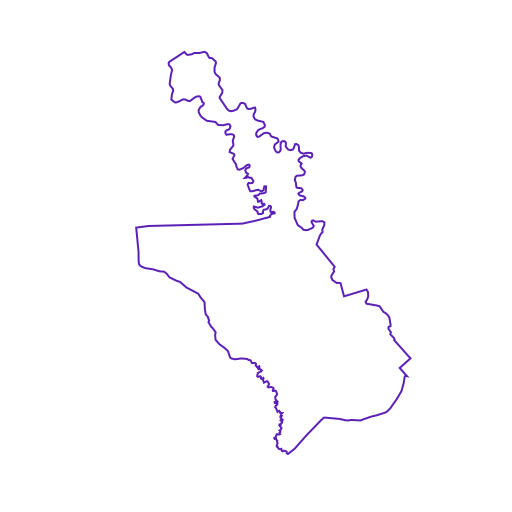 Kandal Stueng, Kândal, Cambodia (Natural Earth projection), rotated 49°
{"feature_id": "14789045B57201426085250", "entity_name": "Kandal Stueng", "entity_type": "district", "adm_level": 2, "iso_a3": "KHM", "parent_name": "Cambodia", "parent_adm1": "Kândal", "projection": "natural_earth1", "projection_center": [104.8, 11.397], "detail": "fine", "context": "isolated", "style": "outline", "palette": "violet", "viewbox_px": 512, "rotation_deg": 49, "n_neighbors": 0, "source": "geoboundaries", "source_scale": "gbopen_adm2", "svg_char_len": 6121}
<svg xmlns="http://www.w3.org/2000/svg" viewBox="0 0 512 512"><g transform="rotate(49 256 256)"><path d="M156.0,327.8L175.9,342.0L182.8,347.9L185.5,349.7L187.4,349.7L189.3,349.2L192.4,347.6L198.7,342.3L204.1,339.0L207.6,335.6L210.8,335.0L215.3,335.3L222.4,332.3L225.6,330.4L234.3,329.1L246.6,324.3L250.8,325.0L257.0,325.1L262.5,329.4L267.0,332.2L271.0,332.3L271.7,333.0L273.7,333.5L274.8,335.3L279.9,336.2L281.9,336.0L287.1,336.5L288.8,338.7L292.7,341.5L298.6,341.5L305.0,340.0L309.5,339.6L315.2,342.0L316.8,342.0L320.0,339.8L323.8,334.2L327.8,330.3L329.6,329.8L331.0,328.6L334.2,329.3L335.9,327.0L337.3,326.7L338.5,328.2L339.4,327.8L340.5,328.1L341.1,327.5L341.4,325.9L342.1,326.3L342.4,328.3L343.2,328.3L344.3,327.0L346.3,326.7L346.5,327.5L345.5,331.4L347.5,334.0L348.6,333.8L349.4,331.8L350.2,331.5L351.7,332.7L352.5,332.4L352.8,330.5L353.5,330.8L353.9,331.9L356.8,333.1L357.6,329.9L358.7,329.5L361.3,330.2L362.3,333.0L363.4,332.8L364.8,330.5L365.6,330.0L367.0,329.5L367.9,329.9L368.2,331.3L368.9,331.8L370.6,329.6L371.4,329.6L374.2,330.8L374.8,332.5L374.8,333.8L376.9,335.3L379.8,335.3L379.5,336.2L378.7,336.8L378.4,337.8L379.3,338.2L381.2,336.5L382.1,337.4L382.0,339.7L382.9,340.8L383.8,340.7L387.8,342.0L388.0,340.1L389.2,340.1L390.1,340.7L391.7,339.2L391.8,340.5L392.3,341.3L393.1,342.2L393.6,341.6L394.0,342.5L393.3,343.0L394.1,343.6L395.9,343.5L396.1,344.8L397.2,343.8L397.3,345.1L398.1,344.9L398.8,345.5L398.9,347.5L399.5,348.0L398.6,348.8L399.0,349.5L402.6,349.6L403.3,351.4L403.1,352.7L404.2,352.6L404.8,353.1L404.9,354.3L406.2,354.6L405.8,355.9L404.1,357.2L405.0,358.8L405.5,360.7L405.4,361.7L406.3,361.9L406.9,360.7L407.5,361.2L409.4,361.1L409.9,361.9L411.4,362.5L412.3,364.3L413.5,365.4L414.1,364.8L416.3,365.4L418.0,364.2L418.2,363.4L420.0,364.3L421.1,363.8L421.2,362.7L423.0,361.4L423.7,361.2L425.3,362.2L426.4,361.7L426.8,353.2L424.4,335.1L422.6,314.3L422.6,310.6L433.7,299.9L438.9,296.1L440.7,294.2L442.0,291.9L448.5,285.2L452.8,274.4L455.5,269.3L458.9,261.3L459.4,259.3L459.0,254.4L456.3,243.5L453.4,234.9L449.1,228.3L444.4,222.7L444.6,221.9L445.8,220.9L434.8,221.0L434.6,206.6L410.3,206.9L409.9,206.1L408.2,205.7L403.2,206.0L402.0,204.2L397.8,203.8L396.5,202.5L397.2,200.5L395.9,199.4L390.3,195.9L387.3,195.3L384.5,195.6L381.6,196.5L375.1,195.7L372.7,197.2L364.5,203.9L362.6,203.5L361.5,200.1L359.9,197.6L356.6,195.1L353.8,194.6L344.2,216.0L332.1,210.1L331.4,210.3L329.2,212.8L324.2,214.1L321.1,213.0L320.1,211.5L318.9,207.1L316.8,206.3L315.7,203.7L287.1,202.8L282.7,194.8L281.8,192.3L281.7,190.1L280.1,189.1L279.0,187.6L277.6,184.3L275.5,182.3L273.2,183.1L270.0,187.5L268.9,188.6L266.5,189.6L266.1,190.5L266.7,191.8L271.2,192.7L271.7,193.7L271.8,195.1L270.6,199.1L270.0,200.5L268.3,202.3L267.3,203.0L264.4,203.1L260.1,204.2L252.4,201.8L247.9,198.0L247.2,194.4L244.5,190.1L242.7,188.2L242.8,185.7L244.7,183.9L245.0,181.1L244.0,180.6L242.0,181.0L239.1,183.2L236.8,183.2L236.6,181.9L237.5,178.8L236.9,177.5L234.5,177.4L231.4,180.3L230.5,180.3L226.9,177.9L224.0,176.8L222.2,174.2L222.2,172.6L225.3,168.4L226.0,166.4L225.2,164.6L223.9,163.5L218.7,164.0L217.4,163.4L216.4,162.0L216.2,160.9L212.5,161.6L211.5,161.0L211.0,159.1L211.4,155.6L212.0,154.1L213.5,152.0L217.6,150.4L217.8,149.0L217.1,147.6L215.6,146.6L214.3,146.9L211.3,150.2L210.1,152.8L207.6,154.5L204.7,154.4L201.6,151.9L200.0,151.4L198.2,151.9L197.2,153.2L199.1,156.2L199.8,158.1L199.0,160.1L197.9,161.3L196.3,161.9L192.8,161.7L190.2,159.1L188.2,159.1L186.6,160.8L186.7,162.9L189.1,165.4L191.5,167.1L192.7,169.0L192.7,170.9L191.6,172.2L189.5,172.3L185.9,171.2L184.2,168.7L184.5,164.1L182.8,163.0L181.2,162.8L176.3,165.8L174.9,166.0L173.1,165.4L171.4,165.9L169.5,167.7L168.4,169.8L168.0,175.1L167.1,176.8L165.3,176.7L163.6,175.5L162.8,173.5L162.4,171.4L164.0,166.7L164.1,165.0L163.3,163.5L159.6,162.5L154.7,166.0L152.4,167.0L150.7,166.8L148.7,166.1L147.4,164.5L146.6,162.1L145.5,160.6L143.4,159.3L142.7,160.3L141.7,163.1L139.9,165.5L138.3,165.8L134.0,164.5L132.1,165.3L131.2,166.2L130.6,167.5L132.6,173.2L132.6,174.5L131.7,177.5L130.4,179.8L128.7,181.0L126.4,181.4L113.1,179.8L112.2,179.1L110.6,174.2L108.8,172.5L102.6,171.9L101.1,170.9L99.6,167.9L97.6,166.4L92.1,167.1L89.9,166.5L86.7,163.8L84.1,159.6L83.0,158.9L78.3,159.3L77.0,160.0L76.3,161.0L75.1,161.2L70.7,160.0L69.2,160.4L67.9,161.2L65.7,165.5L62.3,169.4L61.6,172.2L59.5,175.5L58.6,176.1L55.0,176.2L52.6,194.2L52.9,195.2L54.9,196.6L57.0,196.4L60.5,197.1L63.5,201.4L69.5,208.3L71.2,209.0L75.5,209.1L77.0,210.1L78.7,213.2L82.4,217.3L86.1,216.6L87.6,215.9L89.0,212.2L89.7,208.8L90.4,207.7L91.4,206.8L94.5,205.4L95.7,204.3L96.2,198.1L96.9,195.8L98.5,193.8L99.6,193.6L104.8,195.6L105.8,195.0L106.7,195.4L107.2,196.0L107.6,197.8L107.0,199.9L108.3,203.7L110.0,204.9L113.4,205.8L115.9,205.8L121.7,204.4L128.2,198.7L132.3,198.6L135.7,195.1L138.0,190.7L139.2,189.7L141.3,190.1L142.5,192.0L142.8,193.0L141.9,195.6L141.9,196.7L142.1,197.6L143.5,198.6L145.1,198.8L147.1,195.6L149.1,193.7L150.3,193.5L151.6,194.1L153.4,197.4L154.7,198.7L156.7,199.6L157.9,200.9L158.8,206.0L160.3,207.7L164.5,205.7L165.7,206.1L167.4,210.0L173.9,211.0L175.8,212.2L178.8,212.9L180.1,211.8L181.4,207.4L181.4,203.4L182.0,201.9L182.8,201.2L183.5,201.4L184.4,202.3L184.6,203.2L183.8,204.9L183.7,206.5L184.3,207.9L186.4,208.8L188.8,208.1L189.4,209.3L189.8,213.2L190.7,211.9L191.2,210.1L192.8,209.5L193.9,208.2L197.5,208.7L198.2,209.5L198.5,210.8L197.1,212.8L196.0,213.5L196.2,214.7L196.7,215.5L202.7,217.8L203.5,217.7L204.7,216.3L207.3,211.0L210.6,209.5L211.1,208.6L211.3,207.5L208.9,203.9L210.1,202.7L214.4,207.0L213.3,209.6L211.4,212.2L211.5,214.7L209.5,217.6L210.0,218.2L213.5,217.3L216.5,218.9L216.9,218.2L217.2,215.5L218.8,216.0L219.6,217.1L221.1,217.0L221.8,215.7L222.9,215.9L222.7,218.5L220.8,222.8L217.3,225.1L217.9,225.9L219.6,226.5L223.5,225.7L225.1,226.7L226.0,226.6L227.8,224.4L228.2,222.5L226.7,221.3L226.2,219.9L227.6,217.4L227.8,216.0L226.7,213.4L227.3,212.5L228.4,212.3L229.4,212.9L230.4,214.8L232.1,216.0L232.8,215.9L234.1,213.8L235.1,213.4L236.0,214.0L234.6,216.5L234.5,218.0L234.9,219.0L235.7,219.6L229.0,233.4L222.6,245.1L162.7,317.6L156.0,327.8Z" fill="none" stroke="#5b21b6" stroke-width="2"/></g></svg>